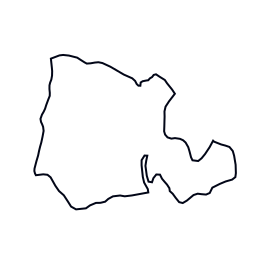 Komo-Mondah, Estuaire, Gabon (Robinson projection), rotated 170°
{"feature_id": "22940354B10433800471916", "entity_name": "Komo-Mondah", "entity_type": "district", "adm_level": 2, "iso_a3": "GAB", "parent_name": "Gabon", "parent_adm1": "Estuaire", "projection": "robinson", "projection_center": [9.643, 0.423], "detail": "fine", "context": "isolated", "style": "outline", "palette": "ink", "viewbox_px": 256, "rotation_deg": 170, "n_neighbors": 0, "source": "geoboundaries", "source_scale": "gbopen_adm2", "svg_char_len": 1831}
<svg xmlns="http://www.w3.org/2000/svg" viewBox="0 0 256 256"><g transform="rotate(170 128 128)"><path d="M226.9,97.5L219.5,97.1L215.4,95.9L212.8,92.9L211.2,88.4L209.6,83.8L206.9,77.9L202.9,72.9L199.9,65.9L197.7,60.5L193.3,56.9L183.4,56.2L178.8,58.4L172.6,59.8L168.1,59.1L163.3,59.4L159.7,61.6L154.7,63.3L147.5,62.9L143.1,61.3L135.9,60.9L119.2,61.0L119.1,64.4L121.6,71.5L121.9,77.3L121.1,88.9L120.2,93.9L116.5,98.0L113.8,97.4L115.7,92.7L117.4,87.7L117.6,82.5L117.8,77.7L117.1,71.6L113.8,70.4L111.7,74.2L108.2,77.3L104.6,76.5L103.3,72.1L101.4,68.8L99.4,65.5L97.7,61.5L97.8,58.6L95.4,55.5L93.2,51.0L90.5,46.1L87.1,44.6L82.6,46.3L75.1,50.6L70.8,51.2L67.2,50.1L62.7,48.9L58.8,49.8L55.3,54.6L47.3,57.0L41.1,58.4L34.4,59.1L30.8,61.0L29.6,64.8L28.4,73.1L28.3,82.2L28.8,87.1L31.4,91.7L35.2,93.8L39.1,95.6L45.6,99.6L46.4,100.7L50.9,95.0L56.6,89.0L60.8,85.4L64.6,83.3L70.1,85.0L71.0,88.2L71.5,94.4L72.0,98.7L73.8,103.7L75.9,106.4L78.7,108.3L83.5,109.9L87.1,110.0L90.7,111.9L92.6,115.1L93.0,118.4L91.9,123.5L90.9,128.5L90.0,132.8L89.2,138.0L87.3,142.5L83.0,147.1L75.9,153.6L77.9,158.2L81.8,165.3L83.4,168.9L88.2,173.2L91.1,176.0L93.5,175.8L95.4,174.0L97.8,173.1L99.8,171.5L101.7,171.6L105.5,171.5L107.6,170.6L108.5,167.5L110.4,167.9L111.8,169.8L112.8,173.1L115.2,176.2L122.8,181.3L134.7,191.4L141.9,196.4L145.7,197.9L149.3,198.2L153.6,198.2L157.4,198.6L159.3,200.1L162.7,203.2L165.8,206.1L173.6,209.6L179.2,211.2L182.9,211.4L191.9,209.7L192.5,200.8L192.8,197.2L193.7,192.8L195.1,189.0L196.8,186.2L197.9,183.7L198.6,180.0L198.9,176.2L199.5,173.2L201.5,170.0L204.6,164.7L206.3,161.4L208.2,158.7L210.4,156.1L212.6,152.2L212.6,149.1L211.9,146.5L211.4,143.9L211.6,139.8L213.7,134.2L215.9,128.8L217.8,124.9L219.6,120.8L221.3,116.5L223.9,111.3L227.1,104.3L227.7,101.9L227.5,99.5L226.9,97.5Z" fill="none" stroke="#020617" stroke-width="2"/></g></svg>